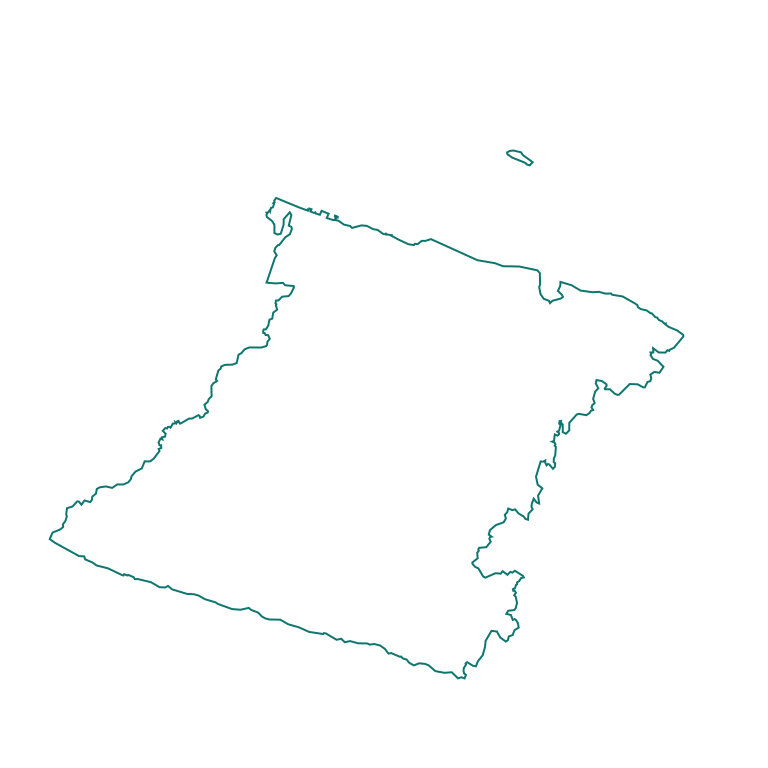 Sampang, Jawa Timur, Indonesia, rotated 198°
{"feature_id": "22746128B2542813239591", "entity_name": "Sampang", "entity_type": "district", "adm_level": 2, "iso_a3": "IDN", "parent_name": "Indonesia", "parent_adm1": "Jawa Timur", "projection": "orthographic", "projection_center": [113.241, -7.101], "detail": "fine", "context": "isolated", "style": "outline", "palette": "teal", "viewbox_px": 768, "rotation_deg": 198, "n_neighbors": 0, "source": "geoboundaries", "source_scale": "gbopen_adm2", "svg_char_len": 6167}
<svg xmlns="http://www.w3.org/2000/svg" viewBox="0 0 768 768"><g transform="rotate(198 384 384)"><path d="M114.0,521.6L114.6,523.2L121.8,525.5L131.0,526.3L135.0,527.7L134.9,528.5L135.9,528.0L138.9,529.5L142.3,529.8L144.8,531.6L146.7,531.4L151.2,534.0L152.3,533.6L156.8,535.1L163.0,534.6L166.4,535.6L167.2,537.2L169.9,538.1L184.1,541.0L194.6,539.4L196.2,540.2L201.6,538.3L208.0,538.1L214.1,535.7L226.0,533.6L236.1,535.9L247.7,535.6L246.7,531.9L247.3,526.2L242.4,523.8L240.7,522.0L242.3,519.9L249.5,515.2L251.1,512.2L252.8,514.1L258.4,514.4L262.9,517.8L266.4,524.2L266.2,526.6L270.1,537.7L273.3,539.5L291.8,537.5L307.2,532.8L315.8,533.2L333.4,530.6L384.1,536.3L388.7,533.0L392.3,531.8L395.2,527.5L398.1,526.8L398.6,525.3L404.0,524.5L414.8,525.8L422.9,527.3L422.8,527.9L427.2,527.1L428.4,527.6L428.5,526.8L431.2,526.5L437.8,528.6L442.2,527.9L449.1,529.1L454.4,527.9L462.6,522.6L465.1,523.8L471.3,523.2L477.8,525.2L481.2,524.8L480.8,527.7L479.5,527.9L479.7,528.8L482.6,529.0L482.5,528.1L481.3,528.0L481.5,525.1L483.0,524.2L489.7,524.2L489.3,528.8L496.9,529.4L497.3,525.1L501.7,525.1L502.4,526.0L503.5,525.1L507.1,525.3L507.0,527.8L509.3,527.8L509.4,525.5L510.1,525.3L510.8,526.2L511.5,525.4L519.9,525.7L544.1,527.6L545.1,524.3L544.2,523.1L545.2,521.7L544.2,521.3L544.3,517.7L545.9,516.5L545.7,513.1L546.4,514.0L547.3,511.4L548.6,510.7L547.8,510.1L548.1,508.5L547.0,506.7L540.4,504.2L537.3,501.3L534.9,493.8L531.7,493.2L528.6,495.0L528.7,504.3L530.3,509.8L526.7,518.2L524.3,516.0L523.5,505.2L520.7,504.8L519.5,503.0L519.8,497.4L523.3,492.9L526.5,484.0L527.7,483.5L529.4,479.9L529.4,476.3L525.8,473.3L526.7,470.1L527.0,444.1L518.4,446.1L511.4,448.9L508.6,447.4L500.2,449.2L499.5,448.5L500.4,441.5L501.9,438.1L507.8,435.6L510.3,430.8L512.5,430.0L512.2,427.3L511.0,426.7L511.2,425.5L508.6,421.7L511.4,417.7L510.5,411.7L512.8,409.7L512.1,403.9L513.3,399.4L515.2,398.8L515.4,397.5L514.7,395.3L513.3,395.6L511.7,394.0L509.4,394.7L506.6,391.7L507.9,388.3L507.3,384.9L507.7,383.7L511.9,380.8L523.5,377.1L527.2,374.0L529.2,369.2L531.4,366.9L530.6,358.4L533.9,355.7L541.3,353.0L544.2,350.4L544.1,348.1L545.7,345.6L545.4,336.4L543.7,335.3L546.6,331.9L547.5,328.6L544.2,319.1L546.0,315.5L546.1,312.5L548.4,308.9L545.8,305.0L543.0,303.8L542.8,302.5L544.9,300.7L545.6,297.3L548.4,295.0L549.7,296.8L550.8,297.0L555.8,291.9L558.8,290.8L565.0,283.8L565.8,283.3L568.1,285.4L568.7,284.9L567.7,284.2L569.3,283.7L569.3,282.4L570.6,283.0L570.1,282.1L572.6,281.1L573.5,276.5L575.1,276.9L576.3,276.3L576.6,274.7L578.4,274.5L579.9,271.0L576.3,269.2L576.0,266.3L578.7,264.7L577.6,262.8L579.7,263.0L580.3,258.6L578.5,256.3L577.0,256.9L576.1,254.2L578.2,252.6L576.8,250.7L580.0,241.8L582.5,238.1L587.7,236.5L588.3,228.8L593.2,224.0L595.6,218.3L595.4,215.1L596.8,211.5L600.8,207.9L606.6,206.1L610.4,201.2L616.9,200.6L622.4,197.9L624.7,195.4L624.1,190.7L626.6,186.8L626.0,183.6L626.9,180.9L632.8,180.7L634.5,175.7L637.8,177.9L639.5,177.5L642.4,171.3L647.1,167.9L645.9,161.6L644.7,160.0L644.7,155.2L646.0,151.3L644.9,148.9L647.0,145.6L653.3,140.3L654.0,133.2L647.9,131.3L620.8,126.1L615.8,127.4L614.1,124.9L606.4,124.2L601.3,122.6L589.5,123.4L574.0,121.3L572.6,121.4L572.3,122.8L568.8,122.6L568.2,123.4L562.3,122.9L560.7,121.4L558.0,122.4L544.4,123.5L534.6,121.4L529.2,122.9L527.0,125.2L522.0,123.2L506.5,123.5L499.7,125.3L494.9,125.5L487.9,124.0L476.6,124.3L474.2,123.5L458.9,123.0L450.6,125.0L443.4,129.3L440.7,128.1L433.1,127.7L428.1,125.1L424.4,124.4L420.3,124.6L409.8,127.8L400.9,125.9L389.9,126.3L378.6,125.1L364.6,127.4L364.2,128.5L362.2,128.8L350.0,126.1L346.0,128.5L341.5,126.3L336.8,129.0L328.4,129.4L319.7,132.1L317.1,131.7L312.9,133.7L306.9,134.1L301.4,132.4L296.4,129.0L294.0,130.3L284.6,129.5L283.4,130.1L281.6,128.9L277.3,128.9L273.7,126.6L268.6,125.6L264.3,129.2L258.5,130.5L254.5,130.2L246.5,126.8L237.3,128.0L230.5,130.8L222.6,126.9L219.8,129.0L216.4,128.9L216.2,132.7L218.4,133.5L219.8,135.9L220.3,138.6L219.3,142.3L220.1,143.4L219.0,145.2L212.3,143.5L209.4,143.9L209.0,149.4L206.3,156.5L206.7,165.3L208.0,171.1L205.5,182.4L200.2,183.5L195.0,178.8L188.5,176.7L187.0,178.7L187.3,182.5L184.1,185.0L183.8,190.2L180.6,193.9L182.8,198.0L185.5,200.3L187.0,200.8L188.6,199.4L191.9,203.5L196.6,203.2L195.8,206.7L190.2,209.3L189.5,211.3L189.8,216.8L193.0,222.4L194.9,223.3L194.0,226.2L195.8,227.7L197.2,227.3L198.0,228.7L196.3,230.3L196.4,233.6L195.5,234.7L196.1,236.4L194.6,238.2L193.7,241.7L191.3,243.2L192.6,244.5L201.8,246.8L203.6,244.3L205.8,244.3L207.6,240.7L213.4,242.6L214.4,239.7L219.5,238.5L227.8,231.1L230.4,231.7L237.2,237.8L240.6,238.2L244.3,240.3L244.8,241.5L241.1,247.2L243.2,252.4L242.3,254.6L243.2,255.8L242.9,257.6L236.3,260.4L233.8,267.0L236.0,269.3L235.8,271.4L234.5,272.1L237.8,273.1L238.1,277.7L234.1,284.3L227.5,289.4L226.5,293.8L228.7,296.9L227.2,300.1L227.3,304.0L223.0,303.7L220.5,305.3L216.4,302.6L209.9,301.0L207.9,299.4L205.1,299.4L206.5,305.3L203.9,310.8L205.8,312.8L206.4,315.7L206.2,321.2L202.3,318.5L199.5,318.3L203.0,325.5L201.2,333.7L206.8,335.8L210.8,342.9L211.1,358.7L208.7,359.3L207.0,361.1L206.5,359.2L204.3,356.9L203.3,358.6L201.8,358.5L197.1,355.5L195.9,358.2L196.7,361.5L198.4,362.1L199.5,365.8L199.1,369.0L201.1,377.3L202.6,378.1L202.3,379.7L203.8,381.1L206.2,381.2L204.7,382.4L206.0,388.8L203.0,388.5L202.0,390.3L202.3,391.4L204.4,392.2L203.1,393.7L203.4,399.6L205.1,400.4L205.5,403.0L204.3,403.6L204.3,402.4L201.5,400.6L199.1,393.5L195.5,392.9L193.5,397.2L195.8,404.3L191.3,414.5L189.6,415.8L181.9,416.9L179.4,420.2L179.0,422.4L177.0,423.9L179.4,425.8L179.4,428.2L177.8,431.1L180.5,434.4L180.8,442.2L178.8,446.1L182.8,450.0L183.1,453.4L177.7,454.2L172.3,452.4L171.7,451.1L172.7,448.0L172.1,447.3L167.6,448.8L161.7,446.1L158.6,445.8L157.2,446.4L150.3,459.9L142.6,462.1L136.5,460.9L134.9,461.4L134.0,467.4L131.6,469.0L131.6,472.1L133.6,475.2L130.7,479.0L125.5,479.8L123.5,486.7L130.9,490.7L136.0,491.0L139.4,493.8L139.1,495.3L140.2,496.3L137.6,497.3L139.1,501.2L132.5,498.9L126.1,500.8L124.9,503.8L123.0,503.6L122.8,505.0L119.5,507.9L114.0,521.6ZM315.8,636.9L313.0,637.0L311.2,640.9L322.9,644.7L325.2,646.7L333.3,646.0L336.5,644.4L338.5,642.3L337.7,640.7L331.9,638.9L318.2,638.0L315.8,636.9Z" fill="none" stroke="#0f766e" stroke-width="2"/></g></svg>